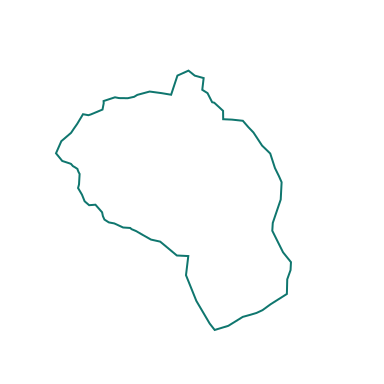 outline of Xairxandulaan, Övörhangay, Mongolia, rotated 305°
{"feature_id": "93677404B8353110433001", "entity_name": "Xairxandulaan", "entity_type": "district", "adm_level": 2, "iso_a3": "MNG", "parent_name": "Mongolia", "parent_adm1": "Övörhangay", "projection": "equal_earth", "projection_center": [102.066, 45.837], "detail": "fine", "context": "isolated", "style": "outline", "palette": "teal", "viewbox_px": 384, "rotation_deg": 305, "n_neighbors": 0, "source": "geoboundaries", "source_scale": "gbopen_adm2", "svg_char_len": 1168}
<svg xmlns="http://www.w3.org/2000/svg" viewBox="0 0 384 384"><g transform="rotate(305 192 192)"><path d="M135.6,317.5L145.2,320.8L162.9,328.2L175.1,320.1L184.6,317.5L191.3,313.3L194.8,301.2L206.3,280.0L213.0,275.9L236.7,269.0L251.4,259.8L254.8,254.2L259.2,246.2L268.4,234.0L270.2,222.8L276.0,208.2L277.5,200.7L279.5,192.8L274.2,183.2L269.5,175.8L276.3,170.9L277.9,159.0L277.1,157.0L281.9,148.0L281.6,141.8L292.0,136.2L288.9,127.5L289.4,119.5L279.0,113.3L259.7,119.1L255.5,110.3L250.0,99.7L240.2,91.5L236.8,90.0L232.0,85.6L227.1,78.4L225.4,74.6L215.8,67.4L214.0,68.8L208.2,71.4L197.6,64.7L195.5,63.1L193.2,58.1L181.9,58.9L176.4,58.9L171.1,59.0L158.7,55.8L145.7,58.4L143.0,67.9L145.3,75.5L145.6,76.8L144.9,79.6L145.1,81.7L145.2,84.9L144.4,85.9L143.3,87.6L142.3,89.6L133.4,95.1L129.9,96.4L126.7,103.4L122.8,109.4L122.2,115.3L126.2,120.2L123.8,130.0L121.1,132.9L119.2,136.1L119.4,141.3L121.7,146.4L123.4,155.9L127.1,162.0L126.9,163.8L127.9,168.5L128.6,176.5L129.5,185.7L133.1,194.4L131.3,216.0L137.4,225.7L120.4,234.8L105.3,258.0L94.4,281.9L92.0,289.7L103.2,298.5L118.8,305.2L125.1,310.4L129.9,314.2L135.6,317.5Z" fill="none" stroke="#0f766e" stroke-width="2"/></g></svg>